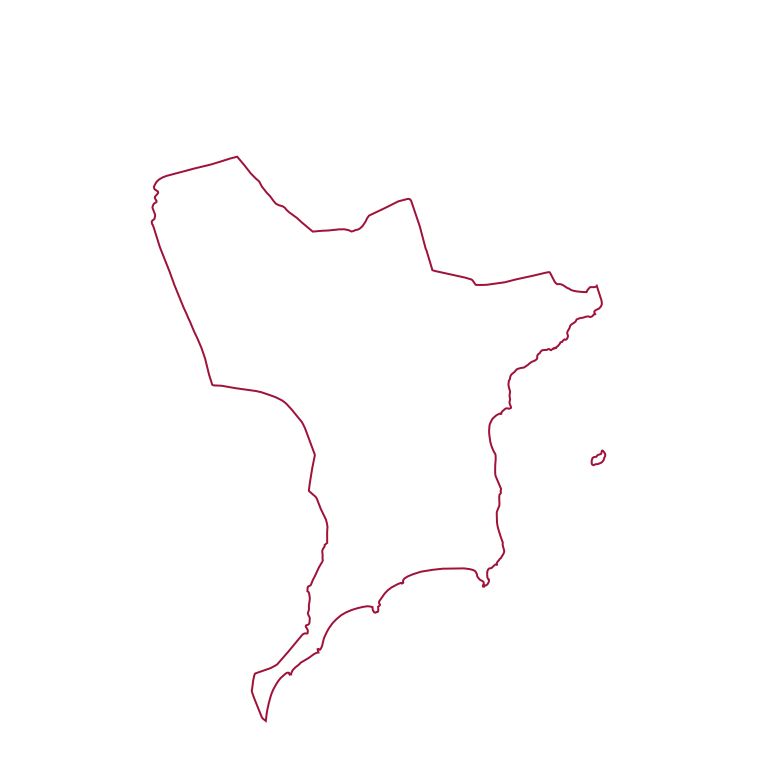 outline of Tuy Phong, Bình Thuận, Vietnam, rotated 339°
{"feature_id": "81297802B73162737965460", "entity_name": "Tuy Phong", "entity_type": "district", "adm_level": 2, "iso_a3": "VNM", "parent_name": "Vietnam", "parent_adm1": "Bình Thuận", "projection": "mercator", "projection_center": [108.691, 11.341], "detail": "fine", "context": "isolated", "style": "outline", "palette": "rose", "viewbox_px": 768, "rotation_deg": 339, "n_neighbors": 0, "source": "geoboundaries", "source_scale": "gbopen_adm2", "svg_char_len": 6167}
<svg xmlns="http://www.w3.org/2000/svg" viewBox="0 0 768 768"><g transform="rotate(339 384 384)"><path d="M152.9,656.2L156.6,649.2L158.8,645.6L162.0,640.8L165.7,635.7L168.3,632.5L171.1,629.6L174.8,626.4L178.8,623.4L182.2,621.4L188.2,619.2L189.5,618.9L190.7,619.0L191.7,619.5L191.9,619.8L191.6,620.5L191.8,621.6L192.7,621.6L193.2,621.8L193.3,621.5L194.6,619.9L196.3,618.4L197.4,617.8L200.0,616.7L204.0,615.5L206.4,614.3L215.4,612.8L222.0,611.0L225.0,610.8L226.6,611.2L227.0,607.8L227.9,607.8L228.9,609.1L229.7,608.8L232.1,606.7L235.9,601.1L237.7,598.9L241.8,595.0L244.6,592.6L249.4,589.4L251.1,588.4L255.6,586.4L261.1,584.5L266.8,583.6L273.2,583.4L278.8,583.8L284.1,584.5L288.4,585.4L290.5,586.3L293.3,588.1L293.3,588.4L292.7,590.1L292.5,591.4L292.9,592.3L292.8,593.2L293.4,594.0L294.3,594.5L295.3,594.1L296.4,594.5L297.0,594.1L297.6,593.2L298.7,589.8L300.0,589.5L300.7,589.1L301.2,588.5L300.8,586.9L301.6,585.2L309.6,579.8L313.5,578.0L317.7,576.7L324.6,575.8L328.1,575.7L329.0,576.0L329.2,576.7L330.1,576.7L330.8,576.3L331.1,574.8L332.0,573.7L333.6,572.8L337.7,572.1L343.1,572.0L351.4,572.5L362.4,574.8L372.4,577.4L392.6,584.8L397.6,587.5L400.5,589.6L401.6,590.7L402.3,592.1L402.6,594.8L402.1,596.8L402.2,597.6L403.2,600.8L405.6,603.7L405.9,604.4L405.9,605.2L405.5,606.2L404.1,607.6L403.8,608.3L403.9,608.7L404.8,609.1L406.2,608.2L407.3,608.6L409.4,607.7L410.9,606.3L411.8,604.5L411.9,604.0L411.4,603.6L411.3,602.9L411.2,601.6L412.0,599.0L413.0,596.4L414.7,594.5L416.2,593.9L417.8,594.3L419.1,594.1L420.0,593.6L423.3,592.4L423.9,592.5L424.4,593.2L424.7,593.2L424.9,592.1L426.0,590.8L428.3,589.6L429.0,589.0L431.2,588.2L431.5,587.7L434.1,585.8L435.4,584.6L436.4,583.1L437.1,576.8L438.1,574.4L438.2,568.2L438.7,560.7L439.1,557.3L439.9,553.7L442.9,545.1L443.7,543.6L448.1,538.9L449.5,535.5L449.9,533.9L451.2,530.6L452.1,528.8L453.9,527.8L454.4,526.8L454.4,525.9L455.7,524.0L455.2,509.8L455.4,508.8L456.1,506.3L458.5,500.2L461.5,493.8L462.7,490.2L462.8,489.6L462.2,485.4L462.1,480.6L462.5,476.1L464.3,468.4L465.4,465.2L467.6,460.6L468.5,459.3L472.3,455.7L474.1,454.8L477.3,453.6L478.9,453.3L481.5,453.1L481.8,453.2L482.2,453.8L482.8,453.9L483.4,452.8L484.7,451.9L487.7,450.8L489.1,450.5L490.2,450.8L491.6,451.7L492.4,452.0L493.8,451.9L494.3,451.2L494.3,447.2L494.7,445.7L496.1,443.9L497.0,439.8L499.0,436.4L499.5,431.1L500.1,428.8L501.7,425.8L503.3,424.5L504.6,422.3L505.5,421.4L506.8,420.6L510.2,419.5L513.1,417.9L514.5,417.8L517.7,418.1L520.4,418.8L525.3,417.7L526.7,417.1L529.7,416.3L533.4,416.2L534.5,415.9L535.5,415.5L536.2,414.9L537.1,412.8L537.4,412.3L539.0,411.3L540.5,411.0L541.4,410.2L543.2,409.3L544.6,409.3L548.1,410.5L549.5,410.3L550.6,410.5L551.7,412.0L552.1,412.3L555.0,411.4L555.6,411.5L555.6,411.8L556.4,411.5L557.1,411.6L557.3,412.1L557.5,412.1L558.7,411.1L559.8,411.0L562.4,409.5L563.8,408.3L565.1,408.6L567.1,407.4L568.3,407.1L568.6,407.1L569.1,407.7L569.7,407.8L571.2,407.3L572.2,406.3L573.0,405.0L573.2,402.3L573.6,401.4L574.6,400.4L577.2,398.3L578.5,396.6L579.6,395.8L584.6,394.6L585.3,394.3L586.9,392.8L590.3,392.7L593.6,393.4L597.1,393.6L599.0,394.1L600.6,395.4L602.1,395.5L602.9,395.3L604.8,394.3L606.1,394.5L606.1,392.2L606.4,391.7L607.6,391.0L611.8,390.6L613.9,389.6L615.2,388.5L616.2,387.1L617.0,383.8L617.8,368.6L617.0,369.0L615.5,369.1L611.5,367.6L610.8,367.5L607.7,369.2L606.0,370.8L603.3,369.7L597.6,366.9L594.2,364.8L592.4,363.3L590.6,360.9L589.7,360.3L586.2,355.4L584.1,353.8L581.7,352.9L581.2,352.6L580.5,351.2L580.0,349.7L578.9,339.8L578.6,339.0L578.2,338.7L575.2,338.1L561.9,336.3L545.0,333.7L533.1,332.3L515.9,328.3L511.9,327.0L505.5,324.5L505.1,324.1L503.9,319.3L503.3,318.0L502.4,317.2L497.5,313.5L472.0,296.7L470.0,295.1L471.5,274.9L471.4,272.5L473.9,249.8L475.0,222.4L474.3,220.7L473.3,220.0L472.4,219.7L462.8,218.6L447.6,220.1L430.5,221.4L427.8,223.1L424.7,226.0L420.3,229.0L417.2,230.2L415.2,230.5L412.5,230.1L409.8,230.2L408.3,230.0L405.9,227.5L402.3,225.3L397.7,223.6L386.9,220.7L380.9,218.7L372.1,216.2L365.0,203.4L362.3,197.9L356.8,189.4L355.2,186.0L354.5,183.8L353.0,181.7L349.8,179.3L347.8,177.1L346.7,174.3L345.0,168.1L343.0,163.2L340.7,155.8L340.2,151.1L339.9,149.8L338.0,146.3L335.1,139.7L331.9,129.3L328.4,119.2L321.4,118.4L301.5,117.1L283.8,114.8L255.6,111.8L251.3,111.8L247.2,112.5L244.9,113.4L242.9,114.6L239.8,117.5L239.5,119.2L239.7,120.1L241.9,123.3L241.7,124.5L241.2,125.0L237.3,127.1L236.9,127.6L236.7,128.6L237.2,131.3L237.1,132.1L236.8,132.5L236.5,132.7L234.1,133.1L233.1,133.7L231.3,135.7L231.0,136.8L231.0,143.8L230.5,145.1L229.0,147.4L228.2,147.9L226.3,148.4L225.3,149.3L224.8,151.4L225.1,152.4L225.1,155.2L223.8,176.1L224.1,202.0L223.8,216.3L224.3,240.8L224.8,247.8L224.9,252.4L225.2,256.0L225.5,266.0L226.2,275.9L226.5,285.2L226.1,296.1L224.0,312.8L223.4,322.8L223.5,323.3L224.4,324.2L231.7,327.4L243.9,334.7L262.0,344.7L266.4,347.6L273.5,353.5L278.0,357.4L282.6,362.4L284.4,365.0L285.9,367.8L288.6,374.6L293.7,390.1L294.1,393.3L294.4,397.2L294.1,424.8L293.8,425.9L286.7,437.1L278.9,450.5L275.7,456.5L275.7,457.2L279.3,464.0L280.0,465.7L280.2,467.3L280.2,477.8L281.2,489.7L280.9,492.8L280.1,497.0L278.0,501.5L274.0,512.0L270.9,513.0L270.4,514.3L267.9,516.1L267.2,516.9L266.4,518.0L265.2,522.3L264.2,524.5L263.6,526.8L262.7,527.8L257.5,531.9L250.1,539.1L247.3,541.5L243.9,545.2L243.0,545.7L240.5,545.9L239.9,546.5L238.2,550.0L239.0,551.2L239.1,552.3L238.4,555.8L237.7,558.1L235.5,562.1L234.6,563.5L233.1,567.7L230.7,570.8L230.6,571.9L230.9,575.1L230.7,576.3L228.9,580.1L228.0,581.1L226.9,581.5L224.8,581.4L224.1,582.1L224.0,582.9L224.5,584.9L224.6,586.7L223.4,589.2L222.7,589.4L220.8,588.5L220.3,588.4L218.7,588.6L217.6,589.0L198.0,600.0L183.8,607.5L181.9,607.9L176.4,608.6L160.3,608.1L159.6,608.3L158.6,609.4L155.5,614.1L151.5,621.6L151.0,622.2L150.6,623.0L150.3,625.8L150.2,631.0L150.5,651.3L150.9,652.8L152.9,656.2ZM565.0,526.5L564.4,524.8L564.1,524.4L563.7,524.4L563.4,524.5L562.1,526.5L561.4,527.1L558.3,526.9L557.3,527.2L556.6,527.8L556.1,528.0L553.8,527.5L552.3,527.7L550.8,529.4L550.2,530.5L549.4,532.7L549.5,533.8L550.5,534.9L552.7,534.7L554.8,535.4L558.7,535.3L560.1,534.8L561.9,533.6L563.4,531.6L564.8,530.4L565.4,528.6L565.0,526.5Z" fill="none" stroke="#9f1239" stroke-width="2"/></g></svg>